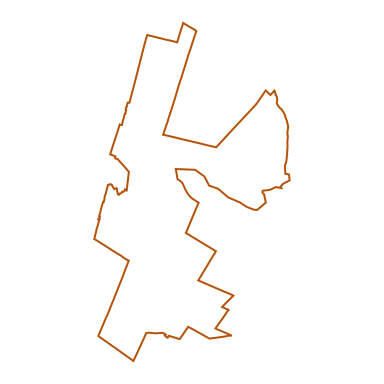 the district of Balta Alba, Buzau, Romania
{"feature_id": "2599482B44648536645851", "entity_name": "Balta Alba", "entity_type": "district", "adm_level": 2, "iso_a3": "ROU", "parent_name": "Romania", "parent_adm1": "Buzau", "projection": "orthographic", "projection_center": [27.325, 45.281], "detail": "fine", "context": "isolated", "style": "outline", "palette": "amber", "viewbox_px": 384, "rotation_deg": 0, "n_neighbors": 0, "source": "geoboundaries", "source_scale": "gbopen_adm2", "svg_char_len": 5813}
<svg xmlns="http://www.w3.org/2000/svg" viewBox="0 0 384 384"><path d="M196.3,31.1L195.5,30.3L191.8,28.1L188.8,26.4L183.2,23.0L180.0,33.0L177.2,42.3L177.0,42.2L168.2,40.1L165.7,39.6L160.1,38.2L153.2,36.5L152.6,36.3L151.8,36.1L151.1,36.0L147.3,35.0L147.2,35.2L146.2,38.2L144.3,45.2L142.5,52.2L140.9,58.4L137.6,71.4L134.6,83.1L133.2,88.5L131.7,94.1L130.3,99.5L129.6,102.2L129.4,102.8L127.7,102.6L126.6,107.1L126.2,107.1L125.9,108.1L125.6,109.4L125.8,109.6L126.1,109.8L126.0,110.2L126.1,110.4L126.0,110.7L125.5,113.0L125.3,113.8L124.8,113.8L124.4,115.3L123.5,118.9L123.0,120.4L121.9,125.1L120.0,124.6L119.7,124.5L118.3,129.2L117.6,131.5L116.6,134.5L115.6,137.5L112.8,146.0L112.2,148.0L110.2,154.4L115.3,156.3L115.0,157.1L115.0,157.7L115.0,157.8L115.2,158.2L115.5,158.5L116.7,158.7L117.7,159.1L128.9,171.8L126.8,189.3L126.8,190.0L126.6,189.9L126.2,190.5L125.8,190.4L125.6,189.6L125.0,189.4L124.8,190.3L124.1,191.4L123.6,191.6L122.4,191.6L121.2,192.9L121.4,192.9L120.3,193.7L119.8,193.6L119.5,193.7L118.9,194.8L118.4,194.7L118.0,194.3L117.8,193.4L117.1,191.3L117.2,190.1L117.2,189.4L116.4,188.1L115.9,188.5L114.2,189.1L113.8,188.6L113.8,188.2L112.5,186.2L111.7,184.7L111.0,184.4L110.6,184.5L109.7,184.2L109.2,184.7L107.9,185.0L105.6,194.1L105.3,194.7L105.1,195.1L104.9,195.8L104.7,196.4L104.6,196.8L104.6,197.2L104.5,198.8L104.3,199.6L104.0,200.7L103.7,201.9L103.2,201.7L103.0,202.1L102.0,205.7L101.1,208.8L100.4,211.6L99.7,214.5L99.2,215.9L99.1,216.4L99.9,216.6L99.8,217.3L99.5,219.2L98.3,218.9L98.2,219.4L99.3,219.7L98.5,222.8L98.2,223.9L97.6,226.2L97.2,227.4L96.8,228.2L96.7,228.5L96.4,230.3L96.3,230.5L96.2,231.2L95.6,233.6L95.2,235.2L94.3,239.0L95.0,239.4L96.2,240.1L96.8,240.5L99.3,242.1L103.1,244.5L105.5,246.0L107.1,247.0L111.8,250.1L120.6,255.5L123.3,257.3L123.7,257.6L123.8,257.9L125.5,258.9L126.8,259.7L127.0,259.9L127.3,259.9L128.8,260.6L128.4,261.6L127.7,263.4L127.5,263.9L127.4,264.3L125.0,270.3L124.2,272.5L123.5,274.3L123.2,275.4L122.0,278.4L117.8,288.9L113.5,299.8L112.4,302.4L107.7,314.3L105.8,318.3L102.7,325.6L100.2,331.5L98.3,336.0L100.7,337.8L100.8,337.8L101.6,338.4L106.5,341.8L111.5,345.4L114.0,347.1L119.7,351.2L119.8,351.3L128.4,357.4L133.4,361.0L140.3,346.2L141.1,344.4L143.5,339.2L146.2,333.1L148.8,332.7L151.4,332.9L151.7,333.1L156.4,333.3L162.9,332.8L165.8,334.6L164.8,335.4L165.7,336.4L165.8,336.3L167.0,337.6L167.7,337.7L168.9,335.8L179.7,339.1L185.7,330.4L188.2,326.8L198.2,332.3L202.9,334.9L209.4,338.6L219.4,337.3L224.8,336.5L227.9,335.8L229.0,335.7L231.0,335.7L231.1,335.3L218.5,329.8L217.6,329.6L215.5,328.4L218.0,324.8L222.3,318.8L224.5,315.7L226.0,313.4L228.5,309.9L222.8,307.3L222.1,307.0L226.9,302.0L231.9,297.1L233.4,295.7L232.6,295.2L232.0,294.9L229.3,293.7L224.9,291.8L224.6,291.8L206.0,283.8L198.3,280.4L212.1,257.5L215.9,251.2L185.9,233.0L198.4,203.1L198.6,202.7L197.9,202.3L194.8,200.2L191.9,198.3L189.7,196.2L187.1,192.7L186.5,191.6L185.1,189.0L183.1,184.4L182.1,182.7L180.3,180.9L177.5,179.2L176.1,170.6L175.8,169.0L195.2,169.8L204.5,176.6L209.1,185.6L218.2,188.8L228.2,197.4L240.0,202.5L246.5,206.8L253.8,209.7L257.3,209.9L265.3,203.0L265.8,202.5L264.2,195.0L264.0,194.7L264.2,194.4L262.4,192.6L262.7,190.8L263.4,190.6L269.9,189.9L275.6,187.1L280.0,187.8L281.4,188.0L280.6,186.7L283.2,183.7L289.7,180.4L288.9,174.4L288.1,174.4L287.9,174.3L285.3,173.8L285.3,173.7L285.2,170.7L284.9,166.8L285.0,166.3L285.1,166.0L285.1,165.4L285.1,164.9L285.1,164.7L285.4,164.1L285.6,163.8L285.8,163.2L285.9,162.5L286.1,162.1L286.3,161.5L286.4,161.3L286.4,161.1L286.4,160.9L286.5,159.6L286.5,159.2L286.6,158.8L286.8,158.0L286.8,157.8L286.8,157.3L286.8,157.1L286.8,156.2L286.9,155.6L287.2,154.4L287.2,154.0L287.2,153.7L287.2,153.3L287.1,153.0L287.0,152.6L287.1,152.0L287.1,151.5L287.1,151.4L287.2,151.2L287.3,150.8L287.3,150.3L287.3,149.7L287.4,148.5L287.5,147.4L287.5,146.6L287.5,146.1L287.5,145.7L287.5,145.1L287.5,144.6L287.4,144.2L287.4,143.3L287.4,142.6L287.4,141.5L287.5,140.8L287.5,140.5L287.5,140.0L287.5,139.8L287.6,138.9L287.7,138.1L287.7,137.4L287.8,137.0L287.8,136.0L287.7,135.7L287.6,135.1L287.5,134.5L287.4,134.1L287.4,133.5L287.4,132.9L287.4,132.7L287.5,132.0L287.6,131.2L287.6,130.9L287.7,130.6L287.7,130.0L287.8,129.4L287.9,128.9L287.9,128.5L288.1,127.9L288.2,127.2L288.1,126.9L288.1,126.3L288.0,125.9L287.8,125.2L287.7,124.6L287.6,123.8L287.5,123.2L287.3,122.9L287.3,122.6L287.0,121.7L287.0,121.3L286.9,121.0L286.7,120.5L286.3,119.4L285.9,118.4L285.5,117.4L285.3,116.9L285.2,116.4L285.2,115.9L285.2,115.6L284.9,115.0L284.6,114.5L284.4,114.1L284.1,113.7L283.7,112.7L283.3,112.0L283.1,111.5L282.7,111.0L282.4,110.7L282.2,110.3L281.8,109.8L281.5,109.3L280.9,108.8L280.5,108.5L280.0,108.0L279.8,107.8L279.1,107.2L278.7,106.6L278.2,105.8L277.4,104.6L277.1,104.1L276.9,103.6L276.8,103.2L276.8,102.7L276.9,102.2L277.0,101.7L277.1,101.4L277.1,100.8L277.1,99.8L277.2,99.1L277.1,98.8L277.1,97.9L276.9,97.2L276.7,96.7L276.5,96.1L276.3,95.9L276.3,95.7L276.1,95.6L275.7,95.2L275.9,94.9L275.9,94.7L275.7,94.3L275.4,93.7L275.0,92.8L275.0,92.6L275.0,92.3L275.0,92.1L274.9,91.6L274.8,91.3L274.6,90.9L274.4,90.6L270.5,95.0L265.7,90.5L256.9,103.3L255.7,104.7L249.1,111.9L236.7,125.1L216.2,147.3L215.0,147.1L213.1,146.6L209.6,145.8L208.4,145.5L207.6,145.3L205.3,144.8L203.4,144.3L199.8,143.4L196.8,142.7L193.4,141.9L191.5,141.4L189.4,140.9L187.6,140.5L185.1,139.9L182.8,139.4L180.4,138.8L178.7,138.4L176.8,137.9L174.4,137.3L170.4,136.4L169.6,136.2L163.1,134.7L164.0,132.2L165.1,128.9L165.7,127.1L166.7,124.2L167.3,122.6L167.9,120.5L168.6,118.2L170.5,112.4L172.3,106.6L173.6,102.8L173.8,101.9L174.0,101.2L174.7,99.2L176.6,92.8L178.9,84.9L179.3,83.7L180.1,81.3L180.7,79.3L181.1,78.7L182.1,75.1L184.3,68.2L185.3,65.1L186.0,62.8L186.3,61.7L186.9,60.0L187.7,57.3L188.0,56.0L189.7,51.2L190.7,48.2L195.0,34.9L195.5,33.5L195.9,32.2L196.3,31.1Z" fill="none" stroke="#b45309" stroke-width="2"/></svg>